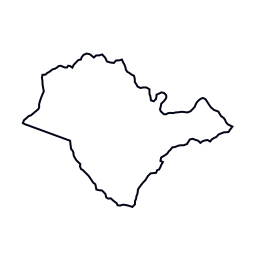 the district of Maurilândia, Goiás, Brazil, rotated 353°
{"feature_id": "56859067B99555965012895", "entity_name": "Maurilândia", "entity_type": "district", "adm_level": 2, "iso_a3": "BRA", "parent_name": "Brazil", "parent_adm1": "Goiás", "projection": "albers", "projection_center": [-50.339, -18.044], "detail": "fine", "context": "isolated", "style": "outline", "palette": "ink", "viewbox_px": 256, "rotation_deg": 353, "n_neighbors": 0, "source": "geoboundaries", "source_scale": "gbopen_adm2", "svg_char_len": 2514}
<svg xmlns="http://www.w3.org/2000/svg" viewBox="0 0 256 256"><g transform="rotate(353 128 128)"><path d="M231.8,139.3L229.7,138.0L227.4,136.4L225.9,134.0L225.3,131.6L224.1,129.6L221.7,127.4L219.7,122.7L215.6,120.6L212.8,117.6L211.5,115.2L208.6,109.1L206.2,107.3L203.9,107.8L201.3,109.3L199.1,111.3L197.7,113.5L196.6,115.4L194.6,117.0L192.1,119.0L188.9,119.8L186.1,119.1L183.7,118.5L180.6,118.5L177.2,118.4L174.4,118.7L171.7,118.1L169.6,118.2L167.4,119.0L165.3,118.7L163.9,117.0L162.6,115.5L162.0,113.4L163.1,110.8L164.0,107.9L166.7,105.9L168.8,103.9L169.8,102.2L169.9,100.2L168.1,97.7L165.5,96.7L162.8,97.7L160.4,98.4L160.0,100.5L159.3,102.6L156.8,104.6L154.2,103.4L154.1,100.8L154.0,98.9L153.5,97.0L153.7,94.7L154.0,92.2L151.4,90.1L148.5,89.6L145.2,89.8L142.5,88.0L141.6,85.6L140.4,83.3L140.7,79.9L140.3,76.9L137.9,75.3L136.0,73.5L134.2,72.2L133.0,69.9L132.8,67.0L132.1,64.5L131.1,62.1L130.3,59.3L127.6,59.8L124.4,59.5L121.9,61.7L118.4,60.8L115.3,59.5L114.6,57.6L114.0,55.6L111.4,51.9L108.3,52.4L105.2,52.1L102.7,53.9L100.1,51.1L98.7,49.9L95.8,49.1L92.8,50.0L90.5,52.3L89.6,54.3L87.0,54.5L84.7,56.3L81.8,58.7L80.1,61.3L78.2,59.5L76.2,58.9L74.9,60.4L72.8,60.3L70.6,59.1L68.7,58.0L66.6,58.1L65.0,59.3L62.7,60.3L60.3,60.6L56.8,62.7L54.6,63.5L52.5,65.0L49.6,64.8L48.7,67.7L48.8,71.6L48.5,73.9L48.7,78.5L48.9,81.4L46.8,84.9L45.3,87.7L43.5,91.4L42.6,93.9L42.4,96.4L41.4,98.3L33.2,103.6L30.7,104.1L28.7,105.7L25.7,107.6L24.2,110.3L26.3,111.8L28.2,112.7L69.0,133.6L68.9,138.4L69.0,142.0L70.1,143.6L70.8,145.5L70.7,148.1L71.1,150.0L72.9,153.9L74.2,155.5L76.3,158.0L75.6,160.1L76.4,163.0L78.2,164.4L81.7,168.9L83.1,170.7L86.9,178.1L88.7,179.8L88.9,181.9L89.1,185.2L91.9,186.3L94.5,186.8L96.0,188.6L97.6,190.9L97.9,194.2L99.8,195.7L102.3,195.7L104.7,198.5L107.6,201.3L108.2,203.4L110.7,204.0L113.7,203.5L117.1,204.4L120.1,205.6L122.7,206.9L125.6,204.6L126.1,201.3L127.3,199.4L128.1,196.6L129.3,194.6L129.9,192.5L130.4,190.2L132.1,188.2L134.1,186.1L136.3,184.0L139.1,181.7L141.7,178.3L144.9,175.8L150.4,175.9L151.8,173.4L153.8,173.0L155.4,170.7L156.6,168.5L158.5,166.1L156.2,164.6L157.3,161.3L161.5,159.5L163.8,158.2L165.7,156.1L167.3,154.9L169.7,152.6L172.3,152.6L176.1,151.6L178.7,151.6L181.2,151.9L184.6,151.1L186.0,149.3L188.0,146.9L190.9,146.6L193.7,148.1L196.0,149.1L198.0,151.6L200.2,150.3L202.2,149.8L205.5,149.6L207.9,151.4L209.9,149.4L212.4,148.4L214.7,147.6L216.9,145.6L219.1,144.9L222.5,144.0L225.5,144.2L227.3,144.2L228.7,142.5L230.3,140.9L231.8,139.3Z" fill="none" stroke="#020617" stroke-width="2"/></g></svg>